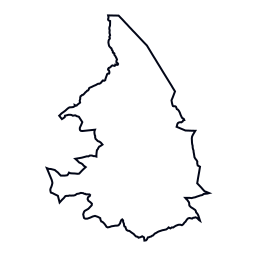 outline of Tenochtitlán, Veracruz, Mexico
{"feature_id": "50627088B5329329942302", "entity_name": "Tenochtitlán", "entity_type": "district", "adm_level": 2, "iso_a3": "MEX", "parent_name": "Mexico", "parent_adm1": "Veracruz", "projection": "albers", "projection_center": [-96.947, 19.825], "detail": "fine", "context": "isolated", "style": "outline", "palette": "ink", "viewbox_px": 256, "rotation_deg": 0, "n_neighbors": 0, "source": "geoboundaries", "source_scale": "gbopen_adm2", "svg_char_len": 5514}
<svg xmlns="http://www.w3.org/2000/svg" viewBox="0 0 256 256"><path d="M50.9,192.6L52.7,193.2L54.2,194.0L57.9,195.8L59.6,202.5L62.2,199.6L63.7,198.2L65.4,196.1L66.5,195.9L68.3,195.9L69.3,195.5L71.0,195.6L73.7,195.5L75.2,195.1L76.9,193.9L78.9,193.6L80.8,192.9L83.3,193.2L84.4,193.9L85.5,193.9L86.1,194.4L87.2,194.3L88.4,194.4L89.5,194.4L90.1,195.0L89.7,196.1L88.0,197.3L87.6,199.1L88.4,200.8L90.5,202.3L91.9,203.7L91.7,205.3L89.9,207.2L88.4,208.8L84.7,210.9L84.0,211.9L83.2,214.3L83.7,216.6L84.0,217.9L85.2,218.7L87.2,218.7L90.3,217.6L92.7,216.5L95.0,215.9L97.7,216.8L100.2,218.1L100.5,219.8L101.3,221.5L102.5,221.9L104.3,223.6L105.7,225.5L106.5,226.8L107.7,227.4L109.6,227.0L111.5,226.3L113.5,226.0L115.1,225.7L117.3,225.6L118.5,225.3L119.3,224.4L120.1,223.2L120.6,221.6L121.3,220.1L122.2,219.4L123.1,220.4L123.1,221.8L123.4,222.6L123.9,223.6L124.0,224.9L124.4,226.4L125.4,226.9L125.9,228.6L126.6,230.0L128.1,230.8L129.4,230.9L131.2,232.3L132.5,233.2L133.7,234.0L134.9,235.4L136.1,236.5L137.7,236.8L138.5,237.7L140.7,237.1L142.2,236.3L144.0,237.4L144.4,240.6L145.2,240.5L146.1,240.3L146.9,239.4L147.9,237.4L149.1,237.2L150.2,236.7L151.2,236.5L152.0,235.8L153.0,235.5L153.6,234.8L154.9,233.5L156.4,232.8L157.6,232.0L158.9,231.4L160.4,230.9L162.5,230.2L163.7,230.0L165.0,229.7L166.3,229.4L167.0,228.9L167.9,228.2L168.6,227.4L170.4,228.4L171.8,227.4L173.2,227.5L174.6,226.5L176.0,225.7L178.3,224.8L180.2,224.7L181.9,225.2L183.2,224.3L184.5,222.5L185.5,221.7L186.3,220.4L187.2,219.2L188.1,218.4L189.4,218.0L192.1,218.6L193.2,217.8L194.3,217.7L195.5,217.3L196.9,217.9L197.7,218.6L199.0,220.0L200.0,220.7L198.3,215.5L197.8,214.5L197.1,213.4L196.2,212.5L195.7,210.8L195.2,210.0L192.9,208.4L190.9,207.2L189.4,205.6L189.2,204.3L189.2,203.3L188.9,202.2L188.1,201.2L187.4,200.0L186.6,199.4L185.3,197.9L187.7,197.9L189.9,197.9L191.6,198.1L193.4,197.6L195.1,197.3L196.9,196.6L198.8,196.0L200.5,195.4L201.7,195.2L202.6,194.9L203.5,194.0L204.9,193.8L206.0,193.7L207.2,193.6L209.2,193.1L207.5,192.4L206.1,191.8L204.6,191.3L203.5,190.1L202.4,188.9L201.4,187.7L197.2,183.3L198.0,178.4L199.1,172.2L200.0,166.7L197.7,165.5L197.2,163.2L197.3,161.5L196.4,160.0L195.4,158.8L194.5,157.3L194.2,155.4L193.9,153.5L193.6,152.0L193.5,150.5L193.0,149.1L192.7,147.7L192.6,145.7L192.2,144.2L192.0,142.7L191.9,140.5L191.8,138.3L192.1,136.5L192.8,135.0L193.5,133.8L195.3,130.8L190.9,130.7L185.4,130.5L176.6,126.8L177.0,125.5L177.3,124.1L178.0,123.0L179.1,122.4L180.3,122.2L181.2,122.4L182.6,121.5L183.2,120.4L184.3,120.1L183.8,118.9L182.0,117.8L181.2,116.1L180.5,114.6L179.9,112.8L179.0,111.0L177.9,109.6L176.8,109.1L176.3,107.6L175.9,106.7L174.9,106.2L173.8,106.3L172.9,106.0L172.5,105.0L172.0,103.1L171.5,100.3L172.8,97.2L175.0,91.4L172.4,87.2L171.8,86.1L168.2,80.3L162.7,71.4L160.1,67.1L157.5,62.9L154.9,58.6L154.0,57.2L152.9,55.4L150.6,51.6L146.9,45.5L143.9,42.4L139.1,37.3L134.5,32.4L133.0,30.9L130.8,28.5L129.7,27.4L126.9,24.3L125.9,23.3L122.1,19.2L120.8,17.9L118.6,15.6L112.7,15.5L108.1,15.4L108.4,16.7L108.5,17.9L108.1,18.9L108.1,19.7L108.6,20.4L110.1,21.0L110.1,23.2L110.0,25.7L109.4,27.3L109.3,29.0L109.7,30.1L109.5,32.0L109.5,33.2L109.9,34.4L110.1,35.3L109.3,36.9L109.9,38.1L109.5,39.2L109.0,39.6L108.6,40.6L108.4,42.6L108.8,44.7L109.1,45.9L109.8,46.9L110.4,47.4L110.7,47.9L111.1,48.0L111.4,48.3L111.7,49.0L111.7,49.4L111.9,50.0L112.3,50.3L112.4,50.7L112.8,51.2L112.9,51.6L112.8,52.4L113.2,52.9L113.9,53.0L114.4,53.5L114.3,54.5L114.5,55.1L115.1,55.8L115.7,56.6L116.0,57.6L116.5,58.2L117.0,59.6L116.6,60.3L116.4,61.2L116.4,62.2L117.0,62.7L117.8,63.4L118.1,64.0L117.7,64.8L116.9,64.9L116.1,64.6L115.3,64.5L115.1,65.4L114.7,65.9L113.9,65.7L113.1,65.6L112.5,65.4L111.8,65.7L111.1,66.4L110.6,67.0L110.0,67.4L109.4,67.8L108.8,67.9L108.4,68.4L108.0,69.2L108.2,69.9L108.9,70.3L109.3,71.5L109.4,72.3L109.2,73.4L108.9,73.7L108.2,73.5L107.5,73.8L107.0,74.4L106.8,75.3L106.3,76.5L105.8,78.0L105.4,79.1L105.3,80.0L104.6,80.6L104.0,80.8L103.0,80.4L102.5,80.7L102.2,81.4L101.6,81.8L101.2,82.4L100.5,83.2L99.1,83.8L98.3,83.7L97.8,83.9L96.7,84.5L95.7,85.1L94.6,85.5L93.3,86.1L91.5,87.0L90.0,87.6L89.0,88.3L88.9,89.1L88.4,90.0L88.1,90.4L87.8,90.5L87.1,90.7L86.7,91.3L85.1,92.6L84.5,93.5L84.0,93.9L83.8,94.1L83.5,94.5L83.1,94.8L82.4,94.9L81.8,95.2L81.5,95.7L80.6,96.2L80.2,97.5L80.2,99.0L79.7,100.7L80.1,102.6L77.3,104.8L76.7,105.5L76.0,105.7L74.7,105.0L74.9,106.1L73.3,107.0L72.1,107.2L69.4,107.4L68.1,108.2L66.8,109.3L65.3,110.7L63.4,112.1L61.4,113.5L60.3,114.7L59.2,115.7L61.9,119.1L63.3,118.2L64.7,117.2L65.0,115.7L66.7,115.3L68.5,114.8L70.4,114.8L71.6,115.0L72.8,115.7L74.5,115.4L75.6,115.4L76.5,116.1L77.7,116.4L78.9,116.8L82.3,122.1L81.3,124.6L79.9,127.6L79.8,128.7L79.8,129.1L80.1,130.2L81.0,130.9L82.6,131.0L95.0,129.7L94.5,131.0L94.4,132.9L94.7,134.8L95.2,136.1L95.1,137.2L95.6,138.9L96.6,139.8L97.6,140.9L98.5,141.4L99.4,141.6L100.9,142.7L102.5,144.6L101.2,145.5L99.9,146.3L99.2,146.6L98.3,148.0L97.7,149.3L96.9,150.2L96.6,152.5L96.5,153.6L96.4,154.8L96.4,156.6L94.8,156.1L93.5,156.1L91.8,155.5L89.9,155.5L88.4,156.4L86.9,156.3L81.7,157.7L75.3,158.8L77.2,160.5L79.2,162.5L81.5,163.5L82.6,164.3L83.6,165.6L85.7,167.1L83.3,169.3L81.7,170.9L80.6,172.1L79.2,173.6L77.8,173.8L74.7,173.5L72.5,173.4L70.8,173.3L69.7,173.0L69.0,172.6L68.0,174.5L67.1,175.3L64.7,175.6L62.7,175.6L60.8,175.6L59.5,174.3L57.9,172.5L56.2,171.2L54.8,170.0L52.8,169.5L50.8,169.0L49.1,168.9L48.1,168.6L46.8,168.1L51.7,179.9L52.2,181.8L52.4,183.0L52.0,184.8L51.4,186.7L50.6,188.4L50.3,189.8L50.4,190.8L50.8,192.4L50.9,192.6Z" fill="none" stroke="#020617" stroke-width="2"/></svg>